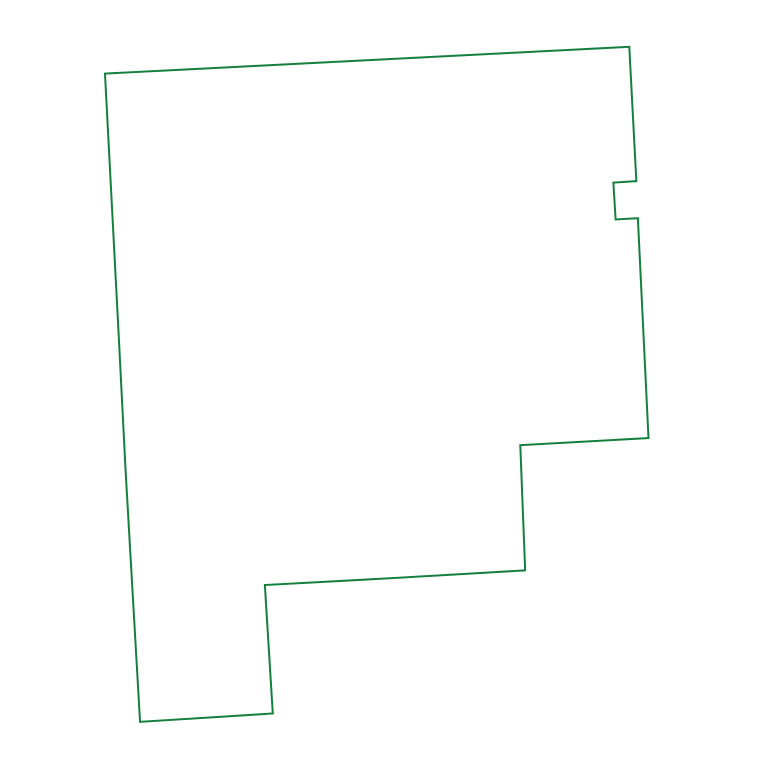 the district of Geauga, Ohio, United States of America, rotated 177°
{"feature_id": "52423323B9355871384257", "entity_name": "Geauga", "entity_type": "district", "adm_level": 2, "iso_a3": "USA", "parent_name": "United States of America", "parent_adm1": "Ohio", "projection": "equal_earth", "projection_center": [-81.207, 41.532], "detail": "fine", "context": "isolated", "style": "outline", "palette": "green", "viewbox_px": 768, "rotation_deg": 177, "n_neighbors": 0, "source": "geoboundaries", "source_scale": "gbopen_adm2", "svg_char_len": 356}
<svg xmlns="http://www.w3.org/2000/svg" viewBox="0 0 768 768"><g transform="rotate(177 384 384)"><path d="M646.4,708.6L646.4,436.4L646.6,313.3L645.3,59.4L512.3,60.8L513.5,189.5L392.7,189.7L252.8,190.5L251.1,315.8L122.7,316.2L121.8,536.3L144.1,536.2L144.4,573.1L121.4,573.4L121.4,707.9L646.4,708.6Z" fill="none" stroke="#15803d" stroke-width="2"/></g></svg>